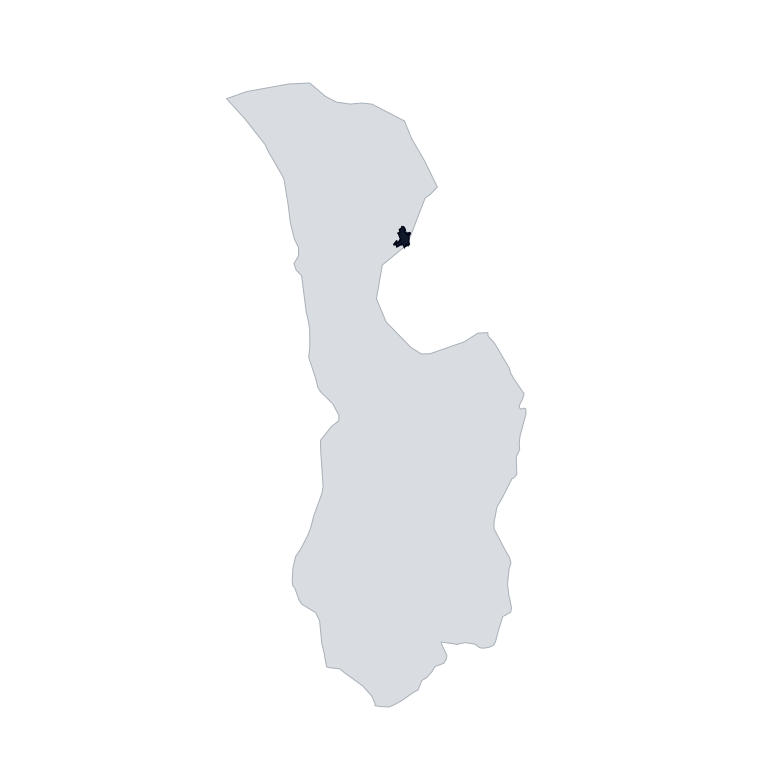 Mērsraga pag., Mersraga, Latvia (highlighted), rotated 77°
{"feature_id": "27541924B11751458518811", "entity_name": "Mērsraga pag.", "entity_type": "district", "adm_level": 2, "iso_a3": "LVA", "parent_name": "Latvia", "parent_adm1": "Mersraga", "projection": "robinson", "projection_center": [23.056, 57.313], "detail": "fine", "context": "in_parent", "style": "filled", "palette": "ink", "viewbox_px": 768, "rotation_deg": 77, "n_neighbors": 0, "source": "geoboundaries", "source_scale": "gbopen_adm2", "svg_char_len": 5025}
<svg xmlns="http://www.w3.org/2000/svg" viewBox="0 0 768 768"><g transform="rotate(77 384 384)"><path d="M560.1,518.3L555.6,517.8L543.0,514.2L532.3,509.0L525.8,502.1L514.7,492.6L507.4,487.7L496.0,481.7L477.0,469.3L470.1,466.4L436.7,461.0L424.6,458.6L413.4,444.5L409.7,436.4L404.2,434.9L398.3,436.6L391.8,438.3L377.0,447.8L372.1,449.2L362.8,449.3L341.1,451.4L331.2,447.9L314.0,444.1L304.7,443.5L296.5,443.6L259.9,439.9L253.2,444.0L246.4,444.7L239.9,438.4L231.7,436.6L222.7,438.7L206.4,439.0L187.0,437.0L162.3,435.4L158.6,436.1L131.2,444.5L124.4,445.8L94.4,459.9L70.6,473.2L68.2,452.0L70.2,409.7L74.0,388.7L90.4,376.5L98.7,366.9L103.6,354.2L105.2,342.5L108.6,332.8L132.3,304.9L150.9,301.9L176.0,294.2L204.1,287.7L209.5,295.9L212.2,302.2L246.0,325.0L254.6,332.6L267.7,358.9L299.2,372.2L324.0,368.0L334.7,361.5L354.4,349.6L363.1,340.9L364.9,332.5L361.0,296.6L355.6,281.0L357.3,271.3L360.8,271.8L369.1,267.1L396.4,258.5L401.9,258.1L408.1,256.3L425.3,249.7L430.9,253.2L435.6,257.2L438.1,257.2L439.4,255.8L439.0,253.2L440.2,251.4L445.1,252.4L465.3,263.2L473.1,265.8L478.3,266.5L484.7,271.5L501.9,274.9L504.1,277.6L505.4,280.9L521.8,294.6L529.1,301.5L543.5,307.9L549.7,309.4L574.5,302.9L581.3,300.7L587.1,300.6L593.0,304.0L606.5,308.6L618.7,310.0L620.9,309.7L631.1,310.2L634.8,311.9L637.4,320.7L649.3,327.6L660.3,333.4L663.2,336.0L664.2,341.1L663.7,347.1L662.4,350.2L658.0,353.8L654.3,362.8L654.1,371.4L648.3,386.2L649.7,386.5L662.8,383.8L666.5,385.4L669.5,388.6L670.8,397.9L675.2,402.1L679.8,408.7L681.4,413.8L690.0,419.9L690.8,423.8L696.4,437.7L698.7,445.7L699.8,451.8L697.6,459.7L695.5,465.0L692.9,464.7L685.4,466.1L673.6,472.5L656.3,487.6L651.8,490.9L647.6,502.4L646.5,503.6L636.1,503.1L633.2,502.8L622.8,503.0L600.1,500.0L591.4,502.0L580.2,513.6L575.7,515.3L562.4,516.9L560.1,518.3Z" fill="#d9dde1" stroke="#a8b0b8" stroke-width="1"/><path d="M255.5,333.5L255.4,333.4L255.3,333.2L255.2,333.2L255.0,332.9L254.9,332.8L254.9,332.7L254.7,332.5L254.6,332.3L254.6,331.8L254.9,331.4L255.1,331.3L254.9,331.3L254.6,331.3L254.2,330.9L253.9,330.9L253.7,330.9L253.8,330.9L254.0,330.8L254.0,330.7L253.9,330.7L254.0,330.6L253.9,330.7L254.0,330.7L254.0,330.8L254.1,330.7L254.0,330.4L253.9,330.3L253.9,330.2L254.0,330.1L253.9,330.1L253.9,329.9L254.0,329.8L253.9,329.7L253.8,329.8L253.8,329.7L253.7,329.7L253.8,329.6L253.7,329.6L253.8,329.4L253.9,329.2L254.0,329.1L254.3,329.0L254.2,329.0L254.2,328.8L254.2,328.7L253.9,328.4L253.7,328.2L253.5,327.9L253.4,327.9L253.2,327.8L252.4,327.9L251.8,327.9L251.0,327.8L250.4,327.7L250.0,327.6L249.6,327.5L249.3,327.4L248.9,327.2L248.5,327.1L248.2,327.0L248.0,326.9L247.7,326.9L247.2,326.8L246.8,326.7L246.6,326.7L246.4,326.6L245.9,326.5L245.3,326.3L244.9,326.0L244.8,325.9L244.6,325.7L244.3,325.5L244.2,325.4L244.1,325.2L243.9,325.0L243.7,324.8L243.5,324.7L242.8,324.5L242.4,325.0L242.9,325.2L242.9,325.3L243.0,325.3L243.3,325.4L243.3,325.5L243.5,325.5L243.8,325.7L243.9,325.8L244.0,325.9L244.0,326.0L244.3,326.2L244.3,326.3L244.5,326.4L243.4,326.5L243.3,326.4L243.2,326.4L242.9,326.1L242.3,326.2L242.2,326.3L242.1,326.5L242.2,326.8L242.3,327.0L243.5,326.9L243.8,326.9L244.1,328.0L243.3,328.1L241.6,328.3L241.4,328.4L241.5,328.5L241.4,328.5L241.3,328.4L241.2,328.4L241.2,328.7L241.2,328.9L241.3,329.2L241.3,329.4L239.9,329.6L239.8,329.4L239.6,329.3L239.5,329.2L239.4,329.1L239.0,329.2L238.8,329.6L238.4,329.4L238.4,329.1L238.5,329.0L238.9,328.9L238.9,328.7L238.0,328.8L238.0,328.7L237.3,328.8L236.9,328.8L236.7,329.0L236.3,329.1L236.2,329.1L235.9,329.4L235.5,329.5L235.1,329.7L235.0,329.9L235.0,330.0L234.7,331.1L234.9,331.1L235.1,331.2L235.6,331.4L236.4,331.8L236.5,331.9L236.6,332.2L236.7,332.3L236.3,332.3L236.3,332.5L236.3,333.0L236.7,333.4L236.8,333.8L237.1,334.3L239.7,334.1L239.8,334.6L239.8,334.8L239.9,335.2L240.2,336.5L240.5,336.4L240.7,336.1L242.5,335.8L244.5,335.6L244.9,335.5L245.3,335.4L246.8,335.2L246.9,335.6L247.1,336.1L248.0,335.9L248.0,336.0L248.1,335.9L248.2,336.1L248.2,336.3L248.4,336.4L248.4,336.6L248.4,336.8L248.5,337.0L248.7,337.3L248.6,337.5L248.6,337.8L248.7,338.0L248.8,338.1L249.0,338.1L249.1,338.3L249.3,338.5L249.2,338.7L249.2,339.0L249.1,339.3L249.0,339.5L249.0,339.8L248.9,339.8L248.6,340.0L248.4,339.9L248.1,339.8L247.9,339.7L247.8,339.8L247.7,339.8L247.6,339.7L247.5,339.4L247.4,339.4L247.4,339.5L247.5,339.7L247.6,339.8L247.8,340.1L248.0,340.2L248.1,340.5L248.3,340.7L248.5,340.8L248.9,340.8L249.0,340.8L249.2,340.7L249.3,340.7L249.5,340.6L249.8,340.7L249.7,340.8L249.5,340.7L249.4,340.7L249.4,340.8L249.3,341.0L249.2,341.1L248.9,341.2L248.8,341.4L248.9,341.6L249.3,341.9L249.4,342.0L249.5,342.1L249.6,342.4L249.6,342.5L249.8,342.7L250.0,342.8L250.4,342.9L250.4,343.0L250.5,343.0L250.6,342.9L250.4,342.8L250.5,342.8L250.5,342.7L250.4,342.6L250.3,342.4L250.4,342.0L250.4,341.9L250.4,341.7L250.7,341.5L250.8,341.4L250.9,341.2L251.0,341.1L251.2,340.9L251.4,340.9L251.5,340.9L253.3,340.6L251.9,336.0L252.0,335.9L251.9,335.9L251.8,335.6L251.8,335.4L251.6,335.1L251.9,334.7L252.0,334.6L252.9,333.8L255.5,333.5Z" fill="#0f172a" stroke="#020617" stroke-width="1.5"/></g></svg>